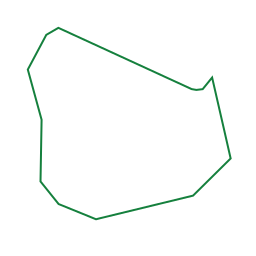 Jenkins, Georgia, United States of America (Natural Earth projection), rotated 275°
{"feature_id": "52423323B65299920660671", "entity_name": "Jenkins", "entity_type": "district", "adm_level": 2, "iso_a3": "USA", "parent_name": "United States of America", "parent_adm1": "Georgia", "projection": "natural_earth1", "projection_center": [-81.944, 32.78], "detail": "fine", "context": "isolated", "style": "outline", "palette": "green", "viewbox_px": 256, "rotation_deg": 275, "n_neighbors": 0, "source": "geoboundaries", "source_scale": "gbopen_adm2", "svg_char_len": 346}
<svg xmlns="http://www.w3.org/2000/svg" viewBox="0 0 256 256"><g transform="rotate(275 128 128)"><path d="M221.7,49.9L213.7,38.5L177.5,23.1L128.7,41.2L67.1,45.5L46.2,65.5L34.3,104.1L35.8,108.4L66.3,198.7L106.6,232.9L134.9,223.8L185.6,207.4L173.2,199.0L171.9,192.8L172.3,188.0L221.7,49.9Z" fill="none" stroke="#15803d" stroke-width="2"/></g></svg>